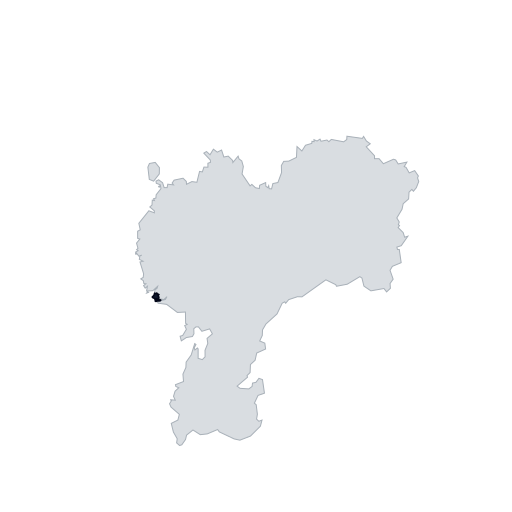 where Shanghai sits in China, rotated 142°
{"feature_id": "CHN-1819", "entity_name": "Shanghai", "entity_type": "Municipality", "adm_level": 1, "iso_a3": "CHN", "parent_name": "China", "parent_adm1": "", "projection": "equal_earth", "projection_center": [121.333, 31.266], "detail": "fine", "context": "in_parent", "style": "filled", "palette": "ink", "viewbox_px": 512, "rotation_deg": 142, "n_neighbors": 0, "source": "natural_earth", "source_scale": "10m", "svg_char_len": 5356}
<svg xmlns="http://www.w3.org/2000/svg" viewBox="0 0 512 512"><g transform="rotate(142 256 256)"><path d="M273.8,366.2L265.6,362.2L265.0,357.7L266.6,355.3L260.7,354.1L257.2,350.5L248.4,357.4L246.5,355.3L242.3,358.1L239.2,355.6L236.8,358.7L234.2,357.8L232.9,359.8L233.8,369.2L230.7,368.8L229.9,364.1L223.8,366.4L222.6,361.7L217.9,360.7L220.4,353.8L216.4,351.8L215.6,345.7L216.7,343.9L208.6,345.7L209.6,343.0L208.7,339.6L210.9,334.3L216.5,329.2L217.5,314.9L215.2,315.0L214.4,310.1L211.8,307.1L209.6,309.5L203.2,307.9L205.3,304.9L204.6,302.6L202.7,303.6L204.2,300.9L202.4,299.3L198.1,302.7L193.5,300.4L184.5,306.0L180.3,311.7L175.9,313.5L171.8,310.6L163.4,308.8L156.3,317.0L155.2,310.5L148.8,312.8L142.7,310.4L141.3,311.9L139.8,310.3L138.7,312.0L137.1,309.0L133.6,308.7L134.1,306.4L128.7,303.7L128.2,301.2L124.9,301.5L116.6,292.0L112.8,291.9L110.6,294.4L99.8,283.2L97.6,284.0L98.2,278.7L96.9,274.1L101.9,274.2L100.9,262.0L102.7,259.7L99.1,256.9L98.8,250.3L88.1,247.6L86.8,245.7L87.3,241.0L79.3,237.1L84.2,235.2L83.2,233.5L84.1,227.2L78.4,225.6L78.8,219.1L80.6,218.1L81.9,214.5L87.6,211.1L92.1,210.1L92.2,212.5L96.1,212.1L100.6,207.0L107.8,206.6L112.2,202.9L121.6,199.3L122.2,194.6L124.6,193.0L124.1,191.7L126.5,190.9L125.6,183.9L127.3,179.3L124.1,178.1L135.2,174.7L139.5,176.3L140.5,174.1L139.1,172.9L145.7,161.4L154.9,163.9L159.2,162.2L162.2,153.3L167.3,151.8L170.0,147.8L175.2,147.3L175.2,151.6L186.9,157.8L189.5,165.8L186.1,173.4L186.9,175.8L201.5,177.6L211.2,182.6L210.8,184.3L215.6,194.2L244.9,195.5L248.4,198.4L257.1,201.5L261.7,200.5L261.6,202.2L264.4,202.7L275.1,197.4L290.0,196.3L296.3,193.8L300.0,189.5L305.4,186.8L302.7,181.9L305.7,176.8L315.2,179.1L320.9,174.4L327.2,173.9L332.4,167.8L336.7,167.3L337.3,165.7L351.0,165.1L350.1,161.6L343.5,155.7L339.4,155.6L337.0,158.0L333.8,156.5L329.0,157.8L327.0,154.6L333.8,142.7L340.2,144.9L347.9,141.0L347.4,138.7L352.3,130.5L356.0,127.1L355.5,124.0L352.3,123.0L357.3,119.2L371.2,117.5L382.1,120.8L385.9,125.4L393.2,140.0L393.1,142.9L403.9,145.8L409.9,149.5L412.8,157.7L421.0,157.6L424.5,154.8L430.7,152.9L432.9,153.7L433.6,157.6L430.6,160.5L429.5,168.1L425.8,176.3L418.6,174.8L413.9,178.4L416.0,189.2L415.1,192.8L411.5,194.1L412.1,195.6L408.4,192.1L407.4,196.2L403.0,199.3L398.0,199.7L399.5,202.6L398.7,204.2L390.4,201.7L386.3,207.9L379.9,211.3L376.4,215.4L368.0,217.9L358.2,224.7L357.8,223.2L361.2,221.7L362.0,219.6L358.8,219.6L358.8,218.4L364.6,211.0L362.1,207.4L358.2,207.9L354.2,213.1L347.8,216.8L345.3,221.2L338.3,221.5L337.4,227.1L345.0,230.0L345.0,235.6L347.0,237.1L349.8,237.0L352.8,232.9L355.7,231.7L361.0,234.6L367.1,235.1L365.2,239.5L362.7,238.5L356.0,241.1L355.0,245.1L352.3,244.5L352.9,246.3L346.1,255.3L352.7,259.9L356.2,272.9L362.2,279.1L361.8,280.8L354.2,277.5L351.2,278.8L355.4,278.4L362.2,286.0L356.5,291.5L353.7,291.5L352.1,292.7L358.7,292.2L363.8,295.8L360.2,299.0L363.1,298.9L362.8,301.9L359.9,301.9L361.3,303.4L360.0,306.0L360.9,308.9L358.0,308.6L355.5,311.2L351.1,322.7L348.2,321.4L350.0,325.2L347.4,327.6L345.4,327.0L348.4,328.0L348.4,333.2L345.6,332.7L346.2,334.5L344.3,334.7L342.2,339.7L337.1,340.9L338.4,342.8L334.0,348.4L331.1,347.9L328.2,353.9L312.6,357.6L309.5,352.6L308.3,354.2L309.5,360.0L306.6,360.2L303.3,363.9L301.9,362.2L301.5,364.2L299.2,363.3L297.0,365.7L289.4,367.6L287.6,371.0L289.8,374.7L288.7,376.6L285.8,376.0L284.5,371.3L286.3,366.4L284.0,364.6L281.3,366.9L277.2,362.8L277.2,365.1L273.8,366.2ZM290.6,378.0L292.9,382.1L286.5,392.6L283.0,394.5L277.8,391.8L277.7,385.1L281.7,380.2L290.6,378.0ZM362.4,282.5L360.3,282.0L358.4,279.9L360.0,280.3L362.4,282.5ZM365.0,294.1L363.4,294.6L363.1,293.5L365.0,294.1ZM349.7,331.5L348.9,332.8L349.0,331.1L349.7,331.5ZM288.4,370.5L290.0,369.8L289.9,370.8L288.4,370.5Z" fill="#d9dde1" stroke="#a8b0b8" stroke-width="1"/><path d="M359.2,282.5L359.3,282.6L359.7,282.8L359.9,283.0L360.5,283.5L361.0,283.7L361.2,283.9L361.6,284.2L361.9,284.7L362.5,285.7L363.0,286.6L363.1,287.2L363.0,287.5L362.7,287.7L362.1,287.7L361.6,287.7L361.0,287.8L360.4,288.0L360.1,288.1L359.9,288.3L359.6,288.4L359.3,288.8L359.2,288.9L358.8,289.0L358.7,288.7L358.6,288.4L358.4,288.3L358.3,288.2L358.2,288.2L358.2,288.3L358.1,288.2L357.9,288.2L357.7,287.8L357.4,288.0L357.1,288.0L357.0,287.9L357.1,287.7L357.0,287.4L357.0,287.2L357.0,286.8L357.0,286.7L357.0,286.4L356.9,286.4L356.7,286.4L356.5,286.0L356.4,285.8L356.3,285.6L356.3,285.4L356.9,285.4L357.3,285.3L357.5,285.2L357.5,284.5L357.5,284.4L357.6,284.2L357.8,284.2L358.0,284.0L358.0,283.9L358.0,283.7L357.9,283.4L358.0,283.3L358.0,283.2L358.2,282.9L358.3,282.7L358.6,282.6L358.9,282.5L359.0,282.5L359.2,282.5ZM362.3,281.5L362.8,281.8L363.1,282.1L363.2,282.4L363.1,282.6L362.7,282.8L362.3,282.9L362.1,282.8L361.9,282.7L361.6,282.5L361.5,282.4L361.3,282.3L360.9,282.2L360.6,282.2L360.4,282.0L360.3,281.8L360.1,281.7L359.6,281.5L359.4,281.3L359.2,281.2L358.9,280.7L358.5,280.5L358.4,280.3L358.3,280.2L358.2,280.1L358.3,279.9L358.5,279.7L359.1,279.7L359.3,279.8L359.5,279.9L359.7,280.0L360.0,280.2L360.2,280.4L360.4,280.5L360.6,280.7L360.8,280.8L361.0,281.0L361.5,281.3L362.3,281.5ZM361.8,283.4L361.9,283.5L361.9,283.8L361.7,283.8L361.5,283.6L360.8,283.0L360.7,282.9L360.8,282.9L361.4,283.1L361.6,283.2L361.7,283.3L361.8,283.4ZM362.3,283.4L362.4,283.5L362.5,283.6L362.5,283.9L362.4,284.0L362.2,284.1L362.1,283.9L362.0,283.5L362.1,283.4L362.3,283.4Z" fill="#0f172a" stroke="#020617" stroke-width="1.5"/></g></svg>